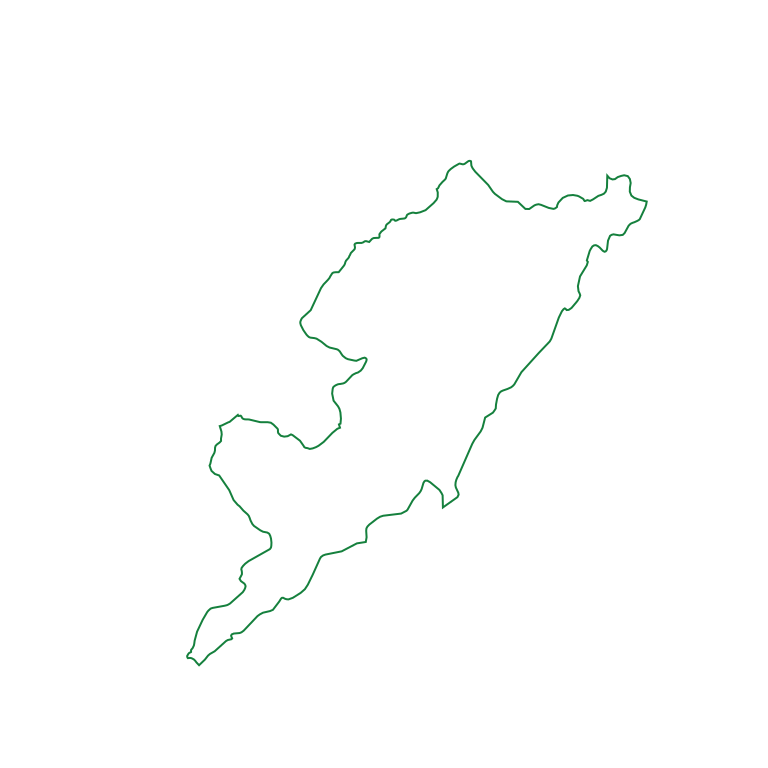 an SVG outline of Magway, rotated 234°
{"feature_id": "MMR-3276", "entity_name": "Magway", "entity_type": "Division", "adm_level": 1, "iso_a3": "MMR", "parent_name": "Myanmar", "parent_adm1": "", "projection": "albers", "projection_center": [94.956, 20.535], "detail": "fine", "context": "isolated", "style": "outline", "palette": "green", "viewbox_px": 768, "rotation_deg": 234, "n_neighbors": 0, "source": "natural_earth", "source_scale": "10m", "svg_char_len": 6137}
<svg xmlns="http://www.w3.org/2000/svg" viewBox="0 0 768 768"><g transform="rotate(234 384 384)"><path d="M377.2,703.8L375.0,701.5L373.3,699.2L367.0,687.8L366.9,686.7L367.0,685.1L367.7,681.7L368.3,679.8L368.7,677.6L368.3,675.0L364.7,667.4L364.3,664.8L365.9,661.8L370.2,657.6L370.9,655.8L371.0,654.0L368.3,649.5L362.2,643.9L361.6,643.1L361.2,642.3L361.0,641.2L361.4,640.1L363.2,639.3L367.7,638.7L370.0,638.0L371.8,637.0L372.7,635.4L372.8,633.4L371.6,630.4L370.7,628.6L364.7,620.7L363.0,620.7L360.8,617.8L355.8,605.8L349.2,598.4L344.7,595.9L342.3,595.5L340.4,594.9L338.8,592.6L337.4,588.9L335.3,580.4L335.4,577.0L336.5,575.2L338.0,575.1L338.9,574.7L339.0,573.3L338.3,570.7L335.0,564.5L322.3,546.0L321.0,543.1L318.1,527.3L312.8,502.1L307.1,489.2L306.7,487.2L306.6,484.9L307.4,481.0L308.8,476.4L309.2,474.4L309.0,472.4L308.0,469.9L305.6,466.8L301.5,462.5L298.5,460.0L297.6,457.7L296.8,455.3L297.4,446.1L290.7,438.0L288.8,434.3L285.6,424.3L283.7,420.2L266.0,390.0L265.5,388.7L264.0,386.2L262.4,384.2L260.2,382.3L258.0,381.3L252.4,380.2L250.6,379.3L249.3,376.9L249.5,359.1L259.5,366.0L261.9,366.4L265.7,366.6L277.4,363.6L280.4,362.2L281.5,360.6L281.5,359.5L280.8,357.8L276.9,352.7L275.8,350.7L275.0,348.4L273.9,342.1L272.9,338.7L268.5,329.2L268.2,327.7L269.1,321.7L277.9,305.9L278.9,302.8L279.2,299.2L278.9,289.5L278.4,286.8L277.5,284.9L275.7,283.3L270.2,279.8L266.9,276.4L271.0,268.4L273.5,251.4L280.4,236.4L281.1,234.0L281.1,231.4L280.4,229.6L271.7,214.4L266.4,204.4L264.5,199.4L264.0,193.9L264.6,184.6L265.9,180.1L266.9,178.9L268.2,177.8L270.4,176.7L271.0,175.7L270.9,174.7L270.7,174.1L269.6,171.4L266.6,161.4L267.3,158.3L270.1,151.7L270.6,148.1L270.6,145.2L266.9,125.4L266.9,122.7L267.4,120.8L270.4,115.8L270.9,113.7L270.4,112.5L269.3,112.0L267.5,111.7L267.2,110.6L268.7,107.1L268.9,105.0L267.3,89.9L267.9,84.5L267.7,82.0L266.3,77.1L265.2,69.1L269.1,68.6L270.9,68.6L272.9,68.3L274.8,67.4L275.7,66.8L276.4,66.1L277.5,64.2L278.3,64.2L279.6,64.8L280.6,66.9L280.9,68.1L280.8,69.2L280.6,69.8L280.6,70.4L282.1,71.5L282.3,71.8L282.4,72.2L282.7,73.6L282.9,74.1L284.2,76.5L285.5,77.9L287.7,80.0L293.5,87.2L299.8,98.7L303.4,106.9L303.9,108.8L304.2,111.7L303.6,113.7L298.3,124.7L297.4,126.9L297.1,128.3L296.9,130.4L298.6,147.4L299.6,150.1L300.6,151.8L301.8,153.2L303.0,153.6L304.6,153.7L308.6,152.4L311.3,152.6L313.5,157.1L314.6,158.0L316.3,159.0L317.9,159.6L318.9,160.7L319.7,163.2L320.2,166.1L320.3,170.4L317.5,194.6L318.1,196.4L319.3,197.7L321.8,199.7L325.3,201.7L328.0,202.7L330.3,203.1L331.7,202.6L332.5,202.2L335.6,199.3L338.4,197.9L345.6,195.4L348.1,195.2L352.0,195.8L354.6,196.6L356.8,197.1L358.8,197.0L364.2,195.8L369.9,195.3L372.4,194.6L378.5,194.1L389.1,196.4L406.9,196.9L410.6,194.3L415.0,193.4L417.2,193.9L420.5,194.9L421.7,196.8L425.6,201.2L428.0,206.3L429.5,208.1L431.8,209.9L432.9,211.3L433.3,213.2L433.3,216.7L433.7,218.7L435.6,220.0L438.5,223.0L441.0,224.5L446.5,226.4L445.8,228.3L444.5,235.6L444.1,236.8L444.9,247.6L443.7,247.4L442.6,249.4L441.6,249.6L440.4,249.3L439.1,249.4L438.1,249.9L437.5,250.4L437.0,250.9L434.7,253.9L425.9,261.4L421.5,267.4L419.2,269.7L416.1,270.7L410.4,271.6L409.3,271.3L407.5,270.0L406.3,269.6L402.8,270.1L400.1,272.3L398.4,275.4L397.9,279.1L396.4,280.0L387.5,282.7L381.1,282.6L380.6,282.5L380.1,282.4L379.1,282.7L378.4,283.1L377.1,284.4L375.1,285.8L373.8,288.5L372.9,291.8L372.5,294.7L372.6,301.2L374.8,313.5L375.2,319.9L374.5,322.7L377.8,323.8L377.5,325.5L381.3,328.8L386.6,332.0L390.0,333.3L392.9,333.7L400.1,333.4L406.7,336.4L410.2,339.6L411.1,340.8L411.4,341.6L411.4,342.5L411.4,343.9L410.9,346.4L410.3,347.7L409.8,348.5L408.5,351.2L408.1,352.7L408.1,354.6L409.8,363.5L409.7,365.1L409.3,367.6L408.6,369.7L408.5,373.1L409.3,376.1L412.7,382.8L413.8,384.2L414.9,384.6L415.9,384.3L416.7,383.8L417.6,381.6L419.0,375.3L420.4,373.8L425.3,369.4L427.4,368.2L431.1,367.2L432.9,367.2L436.5,367.4L438.7,366.9L439.9,366.2L445.5,361.4L448.5,359.9L455.0,358.2L460.3,356.1L462.0,354.7L464.9,351.6L466.3,350.8L468.4,350.4L469.6,350.3L474.8,350.4L480.5,351.3L482.7,352.2L483.1,352.6L483.7,353.1L484.9,355.0L485.5,356.4L486.8,368.1L498.6,389.4L500.1,393.7L501.2,399.8L501.8,402.1L502.7,403.9L504.0,407.2L504.0,408.1L503.7,409.1L502.6,411.0L501.9,411.9L501.3,412.7L501.1,413.1L503.4,421.5L504.3,423.2L505.2,424.2L506.0,425.6L506.1,425.8L506.8,429.1L507.1,430.0L507.8,431.0L508.4,432.4L508.9,433.3L509.2,433.6L509.5,434.4L510.2,438.7L510.4,439.5L511.3,440.6L512.1,441.1L514.0,442.0L514.3,442.5L514.5,443.2L514.1,444.7L513.5,445.8L511.3,448.8L510.8,450.5L510.8,452.1L510.5,452.8L510.2,453.4L507.6,455.5L508.4,459.3L508.4,460.1L508.2,461.3L507.3,462.8L505.4,465.6L505.4,466.1L505.6,466.7L506.4,467.4L507.6,468.1L508.0,468.6L508.9,471.4L509.1,476.7L510.7,478.4L511.2,479.2L511.4,479.7L511.5,480.3L511.6,483.7L511.9,484.8L512.6,486.2L512.5,486.9L512.1,487.6L511.1,488.7L510.5,488.9L509.5,489.0L509.1,489.6L508.8,490.6L508.5,492.7L508.1,494.0L505.9,497.8L505.7,498.7L505.9,499.9L506.6,501.0L506.9,501.4L507.3,502.3L507.2,503.3L507.0,504.7L506.0,507.5L505.2,508.7L503.9,509.8L503.3,510.5L501.7,514.1L500.2,519.8L501.2,530.4L502.2,534.8L502.9,536.1L503.9,537.5L507.4,540.1L510.7,541.2L510.6,542.8L512.1,545.6L513.1,550.0L513.4,552.4L513.6,553.7L513.9,554.7L517.2,559.1L518.1,560.8L518.4,562.1L518.7,564.5L518.7,568.5L518.1,574.0L517.9,574.7L517.5,575.1L515.7,576.6L515.1,577.4L514.9,577.9L514.7,578.6L514.7,579.5L514.7,583.0L514.6,583.6L514.4,584.1L513.9,584.8L513.0,585.3L509.4,583.1L508.2,582.8L506.2,582.5L502.1,582.6L483.8,585.3L475.5,585.1L472.6,585.5L464.2,588.1L459.9,590.3L452.7,599.4L442.5,601.3L440.2,604.4L440.1,610.4L439.9,611.6L439.5,612.8L438.6,614.7L436.7,616.3L429.6,620.8L426.1,624.0L425.6,625.2L425.5,625.9L425.5,627.9L426.8,629.2L428.3,631.8L429.5,638.0L428.4,643.6L425.8,648.0L422.6,651.1L421.2,652.0L416.9,653.9L416.3,654.0L414.7,653.8L414.1,653.9L413.8,654.5L413.2,656.6L411.0,658.4L410.5,661.6L410.2,668.0L409.2,671.2L408.7,673.8L409.3,676.5L411.7,679.7L421.3,687.1L417.9,687.4L415.2,689.1L414.0,691.3L414.0,694.7L412.9,698.3L411.7,701.0L408.9,703.4L405.3,703.4L401.6,701.7L398.6,698.6L395.1,695.9L391.0,694.9L387.5,695.9L383.8,698.3L377.2,703.8Z" fill="none" stroke="#15803d" stroke-width="2"/></g></svg>